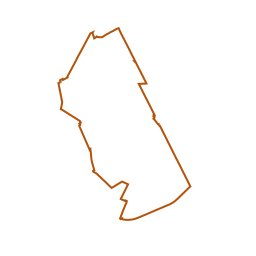 Pekela, Groningen, Netherlands, rotated 298°
{"feature_id": "6326949B23781869832048", "entity_name": "Pekela", "entity_type": "district", "adm_level": 2, "iso_a3": "NLD", "parent_name": "Netherlands", "parent_adm1": "Groningen", "projection": "natural_earth1", "projection_center": [6.972, 53.067], "detail": "fine", "context": "isolated", "style": "outline", "palette": "amber", "viewbox_px": 256, "rotation_deg": 298, "n_neighbors": 0, "source": "geoboundaries", "source_scale": "gbopen_adm2", "svg_char_len": 5241}
<svg xmlns="http://www.w3.org/2000/svg" viewBox="0 0 256 256"><g transform="rotate(298 128 128)"><path d="M178.5,119.8L179.2,118.8L179.9,117.8L180.8,116.6L181.7,115.2L182.7,113.8L183.7,112.5L185.5,109.8L189.4,104.3L189.5,103.5L189.6,103.2L189.7,102.9L189.7,102.7L189.9,102.5L190.0,102.2L190.4,102.9L190.6,102.6L191.3,101.6L194.8,96.6L195.2,96.1L195.5,95.6L197.1,93.5L197.3,93.1L198.1,92.0L199.6,89.9L201.1,87.7L202.9,85.1L203.9,83.7L204.8,82.4L205.7,81.0L206.5,80.0L207.4,78.6L209.5,75.7L209.8,75.2L210.3,74.7L211.2,73.7L211.7,72.9L211.7,72.7L210.1,71.4L209.0,70.7L207.5,69.8L206.8,69.3L206.4,69.1L206.1,68.8L205.4,68.3L204.7,67.8L204.4,67.5L204.0,67.3L203.1,66.8L202.6,66.5L201.6,65.8L200.9,65.2L200.2,64.9L199.8,64.6L199.5,64.4L199.3,64.3L198.9,64.1L198.7,64.0L197.3,63.3L196.8,63.0L196.6,62.9L196.4,62.8L196.1,62.6L196.0,62.4L195.2,61.0L194.6,59.8L194.3,59.2L194.0,58.2L194.2,57.5L193.7,57.3L193.2,57.1L192.9,56.9L192.3,56.7L191.3,56.1L193.0,54.4L193.2,54.2L193.3,54.1L194.2,53.0L194.5,52.8L194.6,52.7L194.9,52.4L195.1,52.3L195.4,52.2L195.5,52.1L195.8,52.0L196.0,52.0L194.8,51.1L193.9,50.4L188.0,50.4L186.6,50.4L179.7,50.4L176.3,50.4L174.1,50.4L170.7,50.3L170.0,50.3L167.5,50.3L163.7,50.4L160.9,50.4L160.0,50.4L149.7,50.4L144.5,50.4L144.2,50.9L139.9,48.0L140.7,47.2L138.3,45.6L136.9,46.9L136.7,46.8L135.3,45.8L135.1,45.7L134.9,45.5L134.6,45.8L134.0,46.3L133.4,46.8L133.1,47.0L132.8,47.2L132.4,47.6L132.2,47.8L131.9,48.0L131.7,48.2L131.1,48.6L130.5,49.1L130.3,49.3L130.0,49.6L129.9,49.6L129.8,49.8L129.7,49.8L129.4,50.0L129.1,50.3L128.9,50.5L128.5,50.8L127.6,51.5L125.6,53.1L124.8,53.8L124.7,53.9L124.3,54.2L123.4,54.9L123.3,55.0L121.8,56.2L119.9,57.7L119.9,57.8L119.7,57.9L118.8,58.2L118.3,58.3L117.9,58.5L116.8,58.8L116.2,59.0L115.7,59.1L115.2,59.3L113.9,59.6L113.0,59.9L113.0,60.2L113.2,61.1L113.2,61.5L113.0,63.3L112.9,64.6L112.6,68.3L112.5,69.4L112.4,71.6L112.0,76.9L111.6,81.9L111.6,82.0L111.5,82.3L111.4,82.3L110.7,82.9L110.6,83.1L109.9,83.7L109.7,83.6L109.8,83.6L109.6,83.4L108.9,83.0L108.8,83.3L108.7,83.9L108.3,84.4L107.0,83.9L106.1,85.0L105.0,86.4L103.9,87.9L102.8,89.1L101.0,91.5L100.1,92.6L99.7,93.1L99.3,93.6L90.8,104.3L91.1,104.3L91.5,104.4L91.9,104.6L91.6,104.8L89.9,106.0L89.2,106.5L88.5,107.0L87.9,107.3L87.3,107.7L87.1,107.9L86.9,108.0L86.4,108.3L86.2,108.4L84.9,109.3L84.1,109.8L83.7,110.0L83.4,110.3L81.3,111.9L81.0,112.2L80.8,112.4L80.6,112.6L80.3,112.8L80.2,113.0L79.9,113.3L78.7,114.4L74.9,118.1L74.6,117.9L73.8,117.3L73.7,117.3L73.3,117.9L73.2,117.9L73.2,118.0L73.1,118.3L73.0,118.5L73.0,119.1L73.1,119.5L73.1,119.9L73.1,120.2L73.1,121.1L73.1,121.3L73.1,121.5L72.9,122.2L72.5,123.4L72.5,123.5L71.8,125.8L71.8,126.1L71.1,128.5L70.8,129.5L70.5,130.5L70.3,131.3L70.0,132.5L68.9,136.4L68.5,137.6L67.8,140.2L67.6,141.0L67.4,141.7L68.4,142.3L69.7,143.1L71.1,143.9L72.9,144.9L73.0,145.0L75.7,146.6L77.9,147.9L78.3,154.5L61.9,154.9L61.9,155.1L62.1,157.8L62.2,159.6L62.8,159.6L62.9,161.3L60.6,161.8L58.7,161.8L57.2,162.0L53.8,162.3L51.2,162.6L48.7,163.0L47.5,163.1L45.3,163.4L44.3,163.5L44.3,164.0L44.4,164.3L44.5,164.3L44.4,164.4L44.7,164.6L45.0,164.9L44.7,164.9L44.6,165.0L44.9,166.3L45.3,167.5L45.6,168.3L45.7,168.7L46.0,169.3L46.6,170.6L46.9,171.2L47.4,171.9L47.8,172.6L48.3,173.4L49.1,174.6L49.8,175.4L50.5,176.2L51.2,176.9L51.6,177.4L52.0,177.7L52.1,177.8L52.3,177.9L52.5,178.2L52.8,178.4L53.4,179.0L54.1,179.5L54.7,180.0L57.1,182.0L57.4,182.2L57.6,182.3L58.2,182.9L59.2,183.7L59.8,184.2L60.8,185.0L62.5,186.4L63.4,187.0L63.5,187.1L64.5,188.0L65.7,188.9L66.2,189.4L69.7,192.1L70.5,192.8L71.5,193.6L72.9,194.8L73.9,195.6L74.7,196.2L75.3,196.7L75.9,197.1L77.7,198.7L78.0,198.8L78.9,199.6L79.7,200.3L80.3,200.7L80.6,200.9L80.9,201.1L81.3,201.4L81.7,201.7L82.0,201.9L82.4,202.1L82.8,202.4L83.2,202.6L83.6,202.8L84.5,203.3L84.9,203.5L85.2,203.6L85.8,203.9L86.3,204.1L86.7,204.2L87.2,204.4L88.3,204.8L88.5,204.9L89.4,205.2L90.3,205.5L91.5,205.9L98.4,208.1L101.0,208.9L103.1,209.6L103.5,209.7L103.9,209.9L105.7,210.5L105.9,210.1L106.9,208.7L107.6,207.8L108.2,206.9L108.6,206.4L110.2,204.2L110.9,203.1L112.1,201.4L113.3,199.8L113.8,199.1L114.6,197.9L114.8,197.6L115.2,197.0L117.1,194.4L118.6,192.3L119.6,190.9L120.2,190.0L121.5,188.1L122.3,187.1L123.1,185.9L123.3,185.5L123.8,184.8L125.2,182.9L126.1,181.6L128.3,178.5L128.6,178.2L129.0,177.5L130.2,175.9L130.9,174.9L131.4,174.2L132.2,173.1L132.7,172.4L133.2,171.6L133.7,170.9L135.9,167.9L136.4,167.2L136.5,167.0L137.5,165.6L138.0,164.9L138.3,164.5L138.6,164.1L138.7,163.9L139.4,163.0L139.6,162.7L139.8,162.4L140.2,161.8L140.6,161.3L140.7,161.1L141.0,160.7L141.2,160.3L141.6,159.7L141.8,159.5L141.9,159.4L142.2,159.1L142.3,159.0L142.4,158.9L142.5,158.8L142.6,158.6L142.7,158.4L142.8,158.2L143.0,157.9L143.2,157.5L143.3,157.4L143.5,157.1L143.7,156.9L144.0,156.5L144.1,156.4L144.8,155.3L144.6,155.1L145.1,153.9L145.4,153.3L145.8,153.1L145.5,152.6L146.4,150.6L147.0,149.2L147.6,147.9L147.7,147.5L147.9,147.0L148.0,146.7L148.1,146.1L148.3,146.0L148.7,146.1L148.9,146.2L149.1,146.2L149.2,146.3L149.3,146.5L151.0,145.9L150.4,144.9L151.7,144.4L152.1,145.1L160.6,133.1L161.6,131.7L162.6,130.2L168.5,121.8L169.9,119.9L170.6,119.0L170.5,118.9L172.0,116.8L175.9,123.4L176.5,122.7L176.8,122.2L177.4,121.3L177.9,120.7L178.5,119.8Z" fill="none" stroke="#b45309" stroke-width="2"/></g></svg>